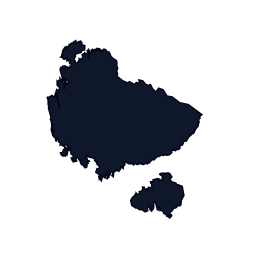 outline of Stord nor, Hordaland, Norway, rotated 76°
{"feature_id": "86288312B17491497636164", "entity_name": "Stord nor", "entity_type": "district", "adm_level": 2, "iso_a3": "NOR", "parent_name": "Norway", "parent_adm1": "Hordaland", "projection": "natural_earth1", "projection_center": [5.468, 59.833], "detail": "fine", "context": "isolated", "style": "filled", "palette": "ink", "viewbox_px": 256, "rotation_deg": 76, "n_neighbors": 0, "source": "geoboundaries", "source_scale": "gbopen_adm2", "svg_char_len": 5912}
<svg xmlns="http://www.w3.org/2000/svg" viewBox="0 0 256 256"><g transform="rotate(76 128 128)"><path d="M50.0,127.8L48.1,130.6L46.9,130.4L45.8,131.9L45.7,133.1L47.3,133.9L46.6,134.2L46.3,135.8L45.3,135.8L45.2,137.2L43.8,136.0L45.2,137.3L43.9,137.3L43.5,138.8L42.7,138.5L45.6,140.6L43.8,140.7L43.7,142.8L44.4,144.0L43.2,144.0L43.9,145.0L46.3,145.6L46.2,146.6L48.1,148.8L51.2,149.2L47.8,149.1L46.0,147.1L44.9,147.1L45.5,147.5L44.8,147.9L43.9,146.8L42.5,147.2L44.3,148.1L42.8,148.2L43.3,148.9L45.6,148.7L45.7,151.2L44.5,151.8L46.0,153.2L45.3,153.6L46.0,154.9L47.3,154.4L49.3,155.0L49.1,155.7L49.5,155.9L49.6,155.0L49.9,157.0L48.9,158.5L50.5,158.5L50.6,159.4L51.9,159.7L51.7,160.7L52.7,161.7L52.6,163.3L49.7,163.1L48.8,164.4L45.7,161.6L44.1,161.8L43.3,159.3L43.5,155.4L42.1,154.6L41.5,152.5L41.9,151.3L37.6,150.0L36.4,151.9L36.4,153.3L34.2,152.1L32.2,152.9L32.9,154.2L32.2,154.6L33.1,157.7L30.6,157.6L31.6,160.5L33.3,161.7L32.0,162.6L33.0,164.1L32.7,164.8L34.9,166.1L34.0,168.3L36.0,168.9L34.6,169.9L37.4,172.8L40.5,173.6L40.4,174.4L42.6,175.0L42.9,176.0L43.7,174.4L45.1,174.3L46.0,172.9L45.3,170.5L48.0,171.0L47.6,170.2L48.6,169.3L48.0,168.3L49.6,167.9L50.8,169.1L52.0,168.3L51.0,167.4L52.6,167.8L54.5,167.2L54.8,168.7L53.9,169.4L55.8,170.3L55.3,170.8L55.9,172.0L54.7,171.9L55.0,172.4L53.9,172.7L54.2,173.6L53.0,173.5L52.3,174.7L52.4,175.4L54.2,175.9L52.5,176.5L54.1,177.6L52.9,178.4L54.8,179.8L64.3,179.6L63.3,179.0L65.2,178.3L65.2,177.0L64.6,176.5L67.0,176.3L67.3,175.1L69.1,174.3L70.5,176.0L71.6,176.2L69.0,176.4L71.1,176.9L70.1,177.0L71.2,177.4L71.2,178.1L69.9,177.3L66.7,177.2L65.8,178.4L66.1,179.2L67.2,179.0L66.1,178.8L67.4,177.9L69.7,178.8L69.6,179.6L73.4,179.6L75.3,180.6L71.7,179.7L65.1,180.2L65.9,180.9L63.4,181.9L65.6,182.3L65.0,183.9L66.3,184.5L65.2,185.3L69.2,186.4L72.3,184.6L74.4,185.6L74.2,187.3L73.4,187.8L74.3,188.5L85.8,189.4L90.2,188.8L91.3,189.5L77.1,190.2L80.3,191.8L78.0,193.9L79.0,194.5L78.4,195.2L78.6,196.3L79.7,197.0L78.6,198.2L78.8,199.0L83.5,198.7L83.4,199.3L87.1,199.9L87.7,199.1L89.4,200.4L98.9,200.1L101.1,201.3L103.7,200.2L104.8,200.4L103.9,200.9L106.3,201.2L107.0,200.3L107.4,201.5L109.9,202.2L110.5,201.4L113.2,200.7L113.9,200.9L110.9,201.8L111.3,202.0L111.0,202.9L117.0,202.8L120.8,200.8L122.5,201.1L124.0,200.8L121.0,200.7L122.2,200.1L120.0,199.0L124.9,198.5L126.5,197.1L128.1,197.9L127.9,197.2L130.1,194.9L129.6,193.4L128.6,192.9L130.1,190.8L131.3,190.2L130.3,191.7L132.5,190.3L131.5,189.7L132.9,189.1L134.4,189.8L133.5,191.2L134.2,192.3L132.9,192.1L131.0,193.8L134.1,194.8L133.2,195.7L136.0,197.5L135.8,199.6L137.9,199.2L139.5,197.9L138.8,197.3L140.1,195.7L138.4,193.6L138.9,193.5L134.8,191.5L135.7,189.7L137.1,189.1L139.2,189.6L141.5,187.9L143.6,188.4L143.4,190.3L146.5,189.0L146.0,189.9L147.6,189.3L147.6,185.8L146.4,185.9L147.2,186.0L146.9,186.4L144.4,185.5L144.8,183.6L147.1,183.2L148.0,182.0L149.2,182.6L152.2,182.0L152.5,181.1L155.7,179.5L154.4,179.1L154.5,178.1L156.7,177.9L152.6,176.1L152.7,175.2L150.8,175.2L151.0,173.6L150.3,173.8L150.1,175.0L145.1,175.3L145.8,174.0L145.2,173.9L147.3,172.3L147.5,170.9L149.6,167.9L149.1,167.5L151.4,168.3L153.5,167.0L156.2,166.6L157.7,165.2L159.1,165.2L160.0,166.1L160.5,167.8L160.1,168.1L163.2,169.9L167.5,166.0L167.3,167.5L168.1,168.2L169.7,168.1L169.8,167.4L170.9,168.1L170.8,167.4L172.8,166.6L168.4,164.3L170.9,162.3L167.3,160.9L169.7,159.8L171.8,160.7L172.2,160.3L171.5,160.0L171.3,158.7L168.1,158.1L167.3,156.7L168.6,156.5L170.3,158.3L168.6,156.3L165.4,156.6L166.6,155.5L165.9,154.9L167.1,154.4L166.8,154.0L169.1,153.9L170.2,155.1L171.7,154.1L167.1,152.4L167.1,151.1L165.9,150.4L167.7,147.3L166.8,147.2L166.7,145.9L163.9,143.7L166.0,142.5L164.4,142.0L162.7,139.8L161.2,139.9L160.6,138.3L162.9,135.9L163.4,134.2L162.8,133.5L165.2,131.5L164.1,130.8L164.2,130.1L165.8,127.5L165.2,125.5L167.2,121.9L166.5,119.1L167.3,118.2L166.8,118.2L167.0,116.1L166.4,116.5L166.4,115.2L165.4,115.1L165.6,113.6L164.5,113.1L165.2,110.0L163.3,108.3L163.6,107.9L162.7,106.4L163.1,105.4L162.4,101.6L163.3,99.9L162.6,99.1L163.7,97.4L164.0,94.3L162.5,91.5L161.4,91.5L160.1,90.0L161.5,87.5L160.5,85.3L161.1,84.0L160.2,82.6L157.7,81.8L157.9,81.0L156.9,79.8L157.6,79.2L154.1,76.8L154.9,74.8L151.6,71.5L149.7,67.9L148.7,67.6L149.2,66.4L148.7,65.3L145.4,62.7L143.4,59.8L138.8,57.4L137.9,57.9L136.4,57.0L136.2,55.9L134.1,55.6L132.9,53.1L119.9,63.8L116.0,71.7L108.5,77.7L106.5,82.4L99.4,84.7L96.8,88.6L99.8,92.4L95.5,94.8L91.6,95.6L91.1,96.2L91.9,97.8L89.8,100.4L85.8,102.3L84.0,105.8L87.6,105.9L85.8,109.0L86.9,110.1L87.1,111.4L83.4,115.4L84.2,117.5L81.0,121.6L75.1,126.2L72.9,125.0L70.2,125.3L67.4,123.5L65.3,123.9L61.0,122.8L59.0,123.3L58.7,124.2L54.7,127.2L50.0,127.8ZM207.1,90.1L197.7,89.5L195.2,93.2L195.3,94.1L192.9,95.0L191.1,98.2L189.0,99.5L186.7,99.4L187.0,98.4L186.1,97.3L182.3,98.5L181.1,100.3L182.0,102.0L180.9,102.4L181.3,103.2L180.4,104.1L180.0,107.8L180.7,108.5L183.2,106.2L185.7,107.2L186.8,106.7L186.8,109.6L185.4,109.5L184.3,111.5L184.3,116.2L186.1,116.3L185.7,119.1L187.0,119.3L188.5,118.2L189.2,119.0L192.1,119.3L190.5,122.4L191.3,122.7L191.7,125.0L192.9,125.1L192.9,124.3L193.6,124.9L191.8,126.5L189.4,126.5L188.8,128.2L190.8,128.5L192.7,130.2L192.4,132.4L194.5,132.6L194.7,134.8L193.1,135.8L194.3,136.0L193.9,137.0L195.2,137.7L196.4,140.6L198.3,141.4L197.8,141.9L198.9,142.9L203.9,143.1L207.5,139.9L207.9,137.9L209.6,137.3L210.3,136.0L210.0,135.0L213.5,131.6L213.0,128.8L211.4,128.9L208.1,126.4L211.2,125.0L210.8,126.1L212.5,125.5L212.2,126.2L213.1,126.1L214.2,125.3L213.1,125.1L213.5,123.9L211.6,122.4L207.0,121.2L206.4,120.3L206.7,119.3L214.5,119.2L215.0,118.1L212.1,116.8L212.2,116.2L214.8,116.0L215.8,116.7L215.8,115.9L217.5,114.3L218.8,113.6L219.6,114.0L220.9,112.1L223.0,111.7L223.0,111.1L225.4,109.3L223.9,106.9L222.7,106.8L222.2,107.9L222.7,108.3L221.9,108.6L219.4,106.8L219.2,105.5L217.0,103.2L217.0,100.9L215.3,97.8L216.1,96.3L215.0,95.1L210.9,93.7L207.1,90.1Z" fill="#0f172a" stroke="#020617" stroke-width="1.5"/></g></svg>